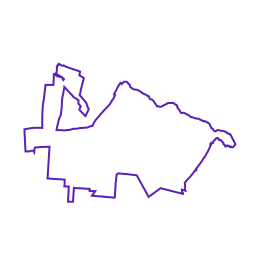 Odobesti, Vrancea, Romania (Mercator projection), rotated 173°
{"feature_id": "2599482B34308784791861", "entity_name": "Odobesti", "entity_type": "district", "adm_level": 2, "iso_a3": "ROU", "parent_name": "Romania", "parent_adm1": "Vrancea", "projection": "mercator", "projection_center": [27.113, 45.751], "detail": "fine", "context": "isolated", "style": "outline", "palette": "violet", "viewbox_px": 256, "rotation_deg": 173, "n_neighbors": 0, "source": "geoboundaries", "source_scale": "gbopen_adm2", "svg_char_len": 5705}
<svg xmlns="http://www.w3.org/2000/svg" viewBox="0 0 256 256"><g transform="rotate(173 128 128)"><path d="M184.5,197.9L185.5,197.6L188.8,200.1L189.2,199.5L189.4,199.0L190.0,199.2L190.3,198.8L190.4,198.3L190.8,198.1L191.3,196.8L191.1,196.6L191.3,195.4L191.9,192.5L192.1,192.1L193.1,191.1L192.4,190.6L190.7,188.9L187.4,186.5L185.6,184.4L186.3,183.5L186.7,184.0L186.0,184.6L186.2,184.8L186.5,185.2L186.6,185.3L187.5,186.2L189.3,187.5L189.5,187.1L190.1,187.5L190.8,188.1L191.0,187.7L191.8,188.0L193.5,189.4L194.1,190.0L194.7,190.4L195.0,190.5L196.8,179.9L204.6,180.8L205.4,177.5L205.5,177.1L205.8,175.8L206.1,174.6L206.5,173.3L207.7,168.0L208.2,166.2L209.6,161.6L210.9,155.1L212.5,144.0L212.8,141.0L213.1,138.5L213.8,138.6L214.4,138.8L214.9,138.9L220.7,139.6L222.4,139.7L223.7,139.7L231.0,139.3L232.6,117.3L232.4,117.3L232.1,117.1L230.8,117.2L229.4,116.7L229.2,116.7L228.3,117.0L226.6,117.2L225.0,117.0L224.7,116.8L224.1,115.4L223.3,118.8L223.1,119.3L222.6,119.7L222.5,120.0L222.4,120.0L217.3,119.7L216.3,119.8L215.5,119.6L208.2,119.0L214.0,87.7L209.0,86.8L208.4,86.6L197.4,84.6L197.1,84.4L197.1,84.0L197.4,83.2L197.6,80.9L197.9,79.3L198.2,78.3L198.3,77.8L193.9,77.1L196.5,62.2L191.6,61.5L189.0,75.2L186.6,74.6L183.4,74.1L183.0,73.9L182.3,73.9L180.4,73.5L179.0,73.3L178.6,73.1L173.5,72.3L173.9,70.3L168.2,69.3L172.0,65.2L166.5,64.0L160.5,62.9L160.5,62.7L149.7,60.5L149.1,63.0L148.7,65.5L148.4,66.9L147.9,69.7L147.5,71.3L147.4,72.2L147.3,73.6L147.2,74.0L146.8,75.5L146.5,76.2L146.3,77.3L145.0,83.2L143.4,84.2L136.5,82.7L136.2,82.7L125.1,80.0L115.9,57.1L114.0,58.2L103.0,64.3L100.4,63.3L81.5,55.9L81.4,56.4L81.4,56.7L81.5,57.0L82.1,57.7L82.0,60.2L78.7,58.8L78.9,59.5L78.9,61.1L78.8,61.9L78.4,63.1L78.3,64.6L78.3,66.7L78.1,66.8L75.1,69.7L73.6,70.9L71.7,72.5L66.4,77.9L66.0,78.0L65.7,77.6L65.4,77.8L65.2,78.2L65.2,78.3L65.2,78.8L64.9,79.3L65.1,79.4L63.4,81.2L63.2,81.3L59.3,85.5L58.6,86.3L57.4,87.9L57.2,88.1L56.0,89.2L55.1,90.5L54.3,91.4L52.7,93.7L52.2,94.3L51.8,94.6L50.7,96.4L50.3,97.0L49.7,98.0L48.4,100.1L48.4,100.6L48.2,101.2L48.3,101.6L47.5,101.4L47.1,103.3L45.5,102.8L44.8,104.4L43.6,105.4L43.2,105.6L43.0,106.0L41.4,107.2L41.1,107.1L40.9,107.2L40.6,107.2L40.0,106.9L39.7,106.4L39.1,105.9L39.2,105.7L39.4,105.5L39.4,105.4L39.3,105.2L38.6,104.8L38.1,104.6L37.6,104.6L37.0,104.4L36.5,103.2L35.7,102.4L35.6,102.0L35.0,101.3L35.3,100.7L34.8,99.8L33.8,99.1L33.9,98.8L33.8,98.7L33.8,98.0L33.7,97.8L32.2,97.7L31.6,98.4L31.4,98.6L30.7,98.1L30.3,97.8L29.1,97.4L29.2,96.7L28.9,96.5L28.6,96.4L28.4,96.5L28.0,96.9L27.8,96.9L26.8,96.1L25.9,96.4L25.1,97.0L24.3,97.8L23.9,98.3L23.4,98.7L23.4,99.0L27.2,109.2L27.5,109.5L28.0,109.5L28.9,110.1L29.1,110.1L29.7,110.7L30.2,110.9L30.5,111.2L30.7,111.8L31.1,111.9L31.2,112.0L31.6,112.1L32.7,113.0L33.3,113.1L34.3,113.5L34.9,113.6L35.2,113.8L37.0,114.2L38.6,115.0L38.8,115.0L39.5,114.9L40.4,114.8L40.8,114.6L41.2,114.1L41.4,114.0L41.7,114.0L42.4,114.3L43.2,115.0L43.6,115.7L43.8,116.2L44.0,117.0L44.8,117.4L45.3,117.8L45.4,118.0L45.4,118.6L45.5,119.1L45.7,119.5L46.0,119.9L46.6,122.0L47.1,122.7L47.1,122.8L47.5,123.1L47.8,123.3L48.4,123.5L48.6,123.6L48.9,124.2L49.2,124.6L49.6,124.6L50.4,125.1L50.9,125.3L51.6,125.7L52.0,125.7L52.2,125.8L52.3,125.5L52.6,125.6L53.9,126.7L55.2,127.3L55.6,127.6L55.9,128.1L56.1,128.1L56.7,128.6L57.9,128.9L58.3,128.8L59.0,129.0L59.5,129.4L59.9,129.5L60.3,129.5L60.8,129.7L62.2,130.6L63.2,131.0L63.9,131.1L64.2,131.3L64.6,131.4L64.9,132.0L66.0,132.9L67.0,134.0L68.1,134.3L68.4,134.5L69.6,135.6L70.6,136.3L71.0,136.4L72.6,136.3L73.3,136.4L73.9,137.3L74.2,137.9L74.4,138.7L74.6,139.3L75.3,140.1L75.8,141.0L76.0,141.7L76.4,142.1L76.5,142.3L76.5,144.2L76.7,144.5L77.1,144.8L77.3,145.2L77.5,145.3L78.6,145.7L79.0,146.6L79.4,146.9L80.0,147.3L81.1,147.7L81.4,147.6L81.6,147.5L81.9,147.5L82.6,147.7L83.3,147.6L84.1,147.7L84.6,148.0L85.1,148.1L85.9,147.8L86.8,147.1L87.7,146.9L88.1,146.7L89.4,146.4L89.9,145.9L90.1,145.8L91.1,145.8L91.8,145.3L92.3,145.2L92.7,145.1L93.6,145.0L95.1,145.9L96.5,145.9L97.8,148.6L98.6,150.0L99.1,151.0L99.8,152.5L101.4,153.6L101.8,153.8L102.3,153.8L102.5,154.0L102.8,154.4L103.2,155.5L103.4,156.6L103.5,157.0L103.9,157.0L104.2,157.0L104.8,157.6L105.4,158.3L108.9,160.5L109.6,160.7L109.8,161.3L110.8,162.3L114.1,164.7L116.0,165.3L117.3,165.5L117.8,165.7L118.3,166.1L118.7,166.5L119.2,166.9L119.5,167.5L120.6,168.1L120.8,168.4L121.0,170.1L121.0,170.6L121.4,171.1L122.0,171.8L122.4,172.5L122.7,172.6L123.1,173.5L123.7,174.0L124.1,174.1L124.8,174.3L126.2,174.4L128.7,172.5L128.8,172.9L129.8,173.7L130.0,173.8L132.3,170.9L132.4,171.0L137.6,163.3L137.8,163.0L136.8,162.2L138.2,160.1L139.2,158.6L140.1,157.7L142.5,154.6L143.1,153.9L144.0,153.0L145.1,152.1L147.5,150.3L147.9,149.8L149.9,148.2L153.7,144.8L157.8,141.0L158.7,140.2L158.8,140.1L159.2,139.9L161.6,136.8L163.0,134.4L163.3,134.3L164.2,134.5L164.5,134.5L167.4,133.6L168.1,133.5L170.6,133.5L173.4,133.7L174.0,133.6L174.9,133.8L176.1,133.8L177.9,133.6L180.1,133.6L181.1,133.7L182.0,133.9L183.0,133.8L183.3,133.7L184.0,133.5L184.8,133.5L185.4,133.3L187.7,133.3L188.2,133.5L188.8,133.5L189.8,133.3L190.7,133.3L199.2,134.7L197.6,139.4L195.4,145.3L193.0,149.3L192.9,150.3L191.5,155.4L189.9,164.5L189.0,167.5L188.2,169.7L187.1,173.5L186.6,174.8L186.2,176.5L180.4,168.5L178.8,166.3L178.5,165.9L178.5,165.5L175.7,163.3L174.2,162.0L174.2,161.9L173.7,161.4L174.1,160.1L174.1,159.1L174.3,158.3L172.3,155.4L172.7,155.0L172.6,154.7L173.8,152.8L173.8,152.4L174.0,151.9L169.2,145.5L168.7,145.0L164.7,151.4L165.8,154.9L165.9,155.4L166.2,157.3L166.3,157.8L166.4,158.1L168.6,161.5L172.0,166.6L171.7,167.0L169.7,172.9L169.1,174.3L168.7,175.4L165.7,183.0L169.8,186.1L168.7,189.9L181.0,195.8L182.6,196.7L183.9,197.6L184.5,197.8L184.5,197.9Z" fill="none" stroke="#5b21b6" stroke-width="2"/></g></svg>